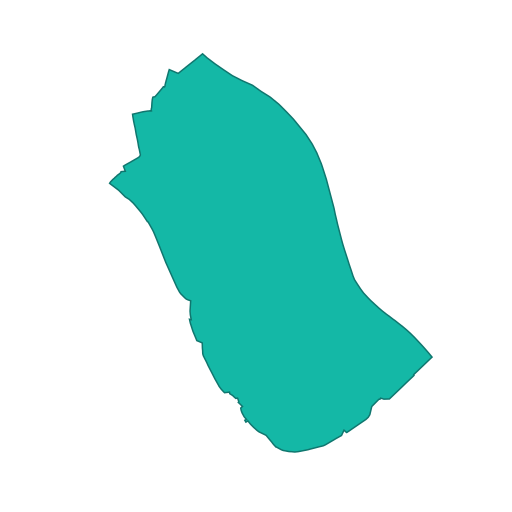 Albrandswaard, Zuid-Holland, Netherlands (orthographic projection), rotated 227°
{"feature_id": "6326949B38585086995539", "entity_name": "Albrandswaard", "entity_type": "district", "adm_level": 2, "iso_a3": "NLD", "parent_name": "Netherlands", "parent_adm1": "Zuid-Holland", "projection": "orthographic", "projection_center": [4.441, 51.852], "detail": "fine", "context": "isolated", "style": "filled", "palette": "teal", "viewbox_px": 512, "rotation_deg": 227, "n_neighbors": 0, "source": "geoboundaries", "source_scale": "gbopen_adm2", "svg_char_len": 4875}
<svg xmlns="http://www.w3.org/2000/svg" viewBox="0 0 512 512"><g transform="rotate(227 256 256)"><path d="M409.0,198.5L407.5,198.7L397.8,200.4L388.4,200.7L387.3,201.0L385.8,201.4L384.0,201.9L378.4,202.3L375.3,202.2L367.7,201.8L365.3,201.6L364.3,201.5L362.3,201.2L359.3,200.7L355.2,200.0L354.6,200.3L353.6,200.1L351.5,199.6L349.1,199.0L346.9,198.5L343.7,197.6L338.0,195.5L328.9,192.0L312.7,185.6L307.7,183.9L301.3,181.7L287.3,176.9L281.9,175.5L279.7,175.2L274.0,175.4L272.1,175.6L271.2,176.0L270.4,176.3L267.8,177.7L266.2,176.0L264.5,174.2L260.7,170.2L257.7,167.8L253.6,165.2L255.1,164.2L251.7,162.2L245.1,159.1L243.8,158.5L239.5,156.9L236.5,155.8L234.5,155.0L230.1,157.0L229.1,157.4L225.1,153.9L222.9,152.2L221.9,151.3L220.8,150.4L219.9,149.9L218.5,149.3L217.4,149.0L215.8,148.5L213.6,147.9L211.6,147.3L208.7,146.3L204.5,145.1L200.5,144.0L196.7,142.9L193.5,142.0L190.9,141.4L189.3,141.0L187.2,140.5L185.8,140.1L183.9,139.9L182.3,139.7L181.5,139.7L179.7,139.7L178.5,139.7L177.4,139.8L177.0,140.4L174.5,143.8L173.2,142.9L172.1,143.2L169.8,143.8L169.2,143.8L167.5,143.9L165.6,144.1L164.9,145.3L164.6,145.6L163.0,144.9L161.1,144.0L161.0,143.2L159.6,143.3L155.2,143.5L155.2,142.4L155.2,141.1L153.1,139.8L150.7,138.8L148.4,138.2L146.5,137.7L143.0,137.6L143.5,135.8L141.4,135.3L140.9,137.4L140.9,137.6L136.8,137.3L136.0,137.3L132.6,137.4L132.3,137.4L130.3,137.6L127.8,137.8L125.5,138.2L124.2,138.7L122.4,139.4L120.8,140.0L120.6,140.1L120.1,140.3L117.9,141.1L113.2,140.8L111.2,140.7L108.9,140.6L107.5,140.4L105.9,140.3L102.2,140.3L102.7,140.5L101.5,140.9L99.4,141.6L98.2,142.0L97.0,142.4L95.9,142.9L95.0,143.4L94.4,143.9L92.2,145.5L91.2,146.2L90.2,147.0L88.7,148.5L86.4,150.5L86.2,150.7L85.3,151.9L84.4,153.1L83.9,153.8L83.8,154.0L83.1,155.1L81.6,157.5L79.6,160.7L78.7,162.2L77.8,164.0L77.4,164.7L73.5,171.9L71.9,174.7L71.3,175.8L70.6,177.9L68.5,187.3L67.8,190.6L67.7,190.9L66.5,195.8L66.4,196.1L68.6,201.6L65.4,201.8L65.1,201.9L64.9,202.6L64.9,202.9L64.8,203.3L64.5,205.0L64.2,207.2L62.4,219.1L61.5,224.9L61.5,225.1L61.5,227.2L61.5,228.1L62.3,231.0L63.7,233.1L65.5,235.8L66.9,237.9L67.0,238.4L67.4,248.2L66.7,249.0L67.1,250.1L66.8,250.3L65.3,251.3L65.0,251.4L64.1,251.9L62.2,254.1L60.5,256.0L60.5,256.4L60.5,256.8L60.7,273.8L60.8,279.5L60.9,290.1L61.7,290.4L62.0,315.8L67.3,316.1L72.5,316.3L77.7,316.4L82.9,316.4L88.1,316.4L93.3,316.2L98.4,315.8L103.7,315.2L108.8,314.4L114.1,313.6L116.4,313.1L120.2,312.5L124.3,311.7L129.4,310.9L134.6,310.3L136.2,310.2L139.6,309.9L145.2,309.5L148.8,309.4L150.3,309.4L155.6,309.4L160.7,310.0L166.6,311.0L171.5,311.9L175.4,313.4L175.6,313.5L180.3,315.7L181.2,316.1L186.3,318.4L191.1,320.7L195.8,322.9L200.5,325.1L205.2,327.4L205.8,327.7L209.8,329.8L214.4,332.3L219.0,334.8L223.6,337.3L227.9,339.8L232.5,342.4L237.2,345.3L238.6,346.1L264.2,359.8L276.3,365.5L278.1,366.3L279.2,366.8L280.6,367.3L289.2,370.5L289.6,370.7L290.0,370.8L299.0,373.3L300.3,373.6L303.3,374.1L310.7,375.4L313.6,375.6L330.7,376.7L340.1,376.6L343.6,376.5L351.6,376.2L358.9,375.2L361.4,374.9L362.6,374.7L363.1,374.6L372.8,372.0L374.7,371.6L383.2,369.9L384.4,369.4L392.6,365.9L394.6,365.1L404.0,361.7L413.8,359.4L423.8,357.2L424.8,357.0L434.6,355.3L435.2,355.3L440.3,354.8L441.1,343.2L441.2,342.2L441.9,333.3L441.9,332.9L442.6,323.7L444.0,323.0L447.2,321.6L449.4,320.6L451.5,319.7L450.3,317.6L446.3,311.2L446.0,310.7L445.5,309.8L445.2,309.5L444.5,308.2L444.3,308.0L443.7,307.1L443.5,306.7L443.0,306.1L442.7,305.7L442.1,304.8L442.0,304.6L442.0,304.4L443.0,303.7L442.8,303.0L441.8,294.9L441.6,293.2L441.4,290.8L441.4,290.7L441.5,290.5L441.7,290.2L442.1,289.6L442.3,289.4L442.4,289.1L442.5,289.0L442.5,288.9L442.4,288.7L442.1,288.2L441.8,287.8L441.5,287.3L441.1,286.8L439.1,284.5L435.6,280.8L434.8,279.4L434.2,279.0L433.4,278.5L434.0,277.7L434.2,277.9L435.4,276.2L435.5,276.1L436.0,275.5L436.6,274.6L437.3,273.6L438.0,272.6L438.5,271.8L439.1,270.8L439.9,269.4L441.1,267.2L442.2,265.3L443.3,263.4L443.9,262.4L441.3,260.6L439.9,259.7L439.5,259.4L438.7,258.9L438.3,258.6L437.1,257.9L435.5,256.9L433.6,255.8L433.1,255.5L432.7,255.3L431.7,254.7L429.9,253.5L428.2,252.4L427.5,251.9L427.4,251.9L426.7,251.4L425.4,250.6L425.0,250.4L424.0,249.8L421.8,248.5L420.7,247.8L419.6,247.1L418.1,246.1L416.8,245.2L415.2,244.2L413.8,243.5L412.2,242.5L408.8,240.4L408.6,240.1L408.3,239.1L408.2,238.5L408.2,238.2L408.2,237.5L408.3,237.0L408.3,236.9L408.6,235.5L408.9,234.2L409.1,233.4L409.6,231.2L409.9,229.9L410.0,229.7L410.2,228.5L411.2,224.6L411.9,221.6L412.1,220.3L410.6,219.7L410.4,219.6L407.8,218.5L407.6,218.4L407.1,218.2L407.9,217.2L408.6,216.3L409.3,215.4L409.7,214.8L409.6,214.5L409.4,214.2L409.3,213.9L409.2,213.5L409.2,213.3L409.2,213.0L409.3,212.0L409.4,211.0L409.5,210.5L409.5,210.2L409.6,209.6L409.5,208.7L409.5,207.8L409.6,206.6L409.5,205.3L409.6,204.0L409.6,202.8L409.5,202.3L409.5,202.1L409.5,201.6L409.4,200.1L409.0,198.5Z" fill="#14b8a6" stroke="#0f766e" stroke-width="1.5"/></g></svg>